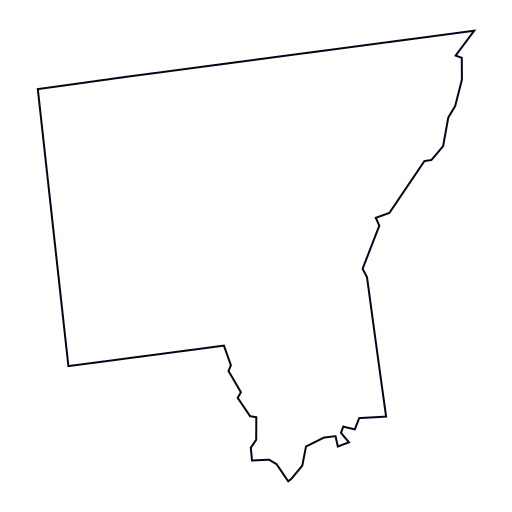 Warren, New York, United States of America (Mercator projection)
{"feature_id": "52423323B25656019308328", "entity_name": "Warren", "entity_type": "district", "adm_level": 2, "iso_a3": "USA", "parent_name": "United States of America", "parent_adm1": "New York", "projection": "mercator", "projection_center": [-73.717, 43.513], "detail": "fine", "context": "isolated", "style": "outline", "palette": "ink", "viewbox_px": 512, "rotation_deg": 0, "n_neighbors": 0, "source": "geoboundaries", "source_scale": "gbopen_adm2", "svg_char_len": 646}
<svg xmlns="http://www.w3.org/2000/svg" viewBox="0 0 512 512"><path d="M126.4,76.8L37.8,89.1L68.4,366.1L223.9,345.6L230.9,365.3L228.5,371.0L240.9,392.2L237.7,397.9L250.1,416.2L256.3,417.2L256.2,439.8L250.8,447.7L252.0,460.5L269.0,459.7L276.6,464.2L288.2,481.3L291.3,478.9L302.3,465.6L306.0,446.5L323.9,437.6L335.5,436.1L337.8,446.5L348.9,442.3L341.0,432.9L343.2,426.6L354.8,429.4L359.2,418.1L386.1,416.6L377.8,356.7L367.0,277.2L362.6,268.8L379.3,225.7L375.8,217.8L389.4,212.9L424.4,161.1L431.4,160.0L443.1,146.2L448.3,117.5L455.2,106.0L461.9,79.7L461.8,57.8L455.6,55.6L474.2,30.7L126.4,76.8Z" fill="none" stroke="#020617" stroke-width="2"/></svg>